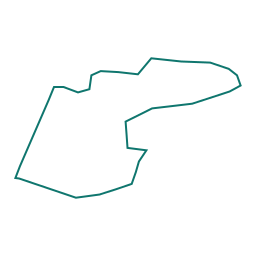 outline of Wilton'S Yard/Grave Yard, Castries, Saint Lucia
{"feature_id": "8701671B87901537971964", "entity_name": "Wilton'S Yard/Grave Yard", "entity_type": "district", "adm_level": 2, "iso_a3": "LCA", "parent_name": "Saint Lucia", "parent_adm1": "Castries", "projection": "mercator", "projection_center": [-60.986, 14.01], "detail": "fine", "context": "isolated", "style": "outline", "palette": "teal", "viewbox_px": 256, "rotation_deg": 0, "n_neighbors": 0, "source": "geoboundaries", "source_scale": "gbopen_adm2", "svg_char_len": 529}
<svg xmlns="http://www.w3.org/2000/svg" viewBox="0 0 256 256"><path d="M240.6,85.5L237.0,75.3L228.8,68.9L210.2,62.6L181.3,61.5L151.3,58.3L137.9,74.3L118.3,72.1L100.7,71.1L91.4,75.3L89.4,89.2L78.0,92.4L63.5,87.0L54.0,87.0L48.8,99.7L19.9,166.3L15.4,178.0L19.1,178.5L75.9,197.7L84.2,196.6L99.7,194.5L101.1,194.0L115.6,189.4L131.7,183.9L135.8,172.2L138.9,161.5L146.4,150.3L127.5,147.9L126.6,135.1L125.6,121.6L152.1,108.4L173.6,105.9L192.2,103.7L229.6,91.5L234.8,88.7L240.6,85.5Z" fill="none" stroke="#0f766e" stroke-width="2"/></svg>